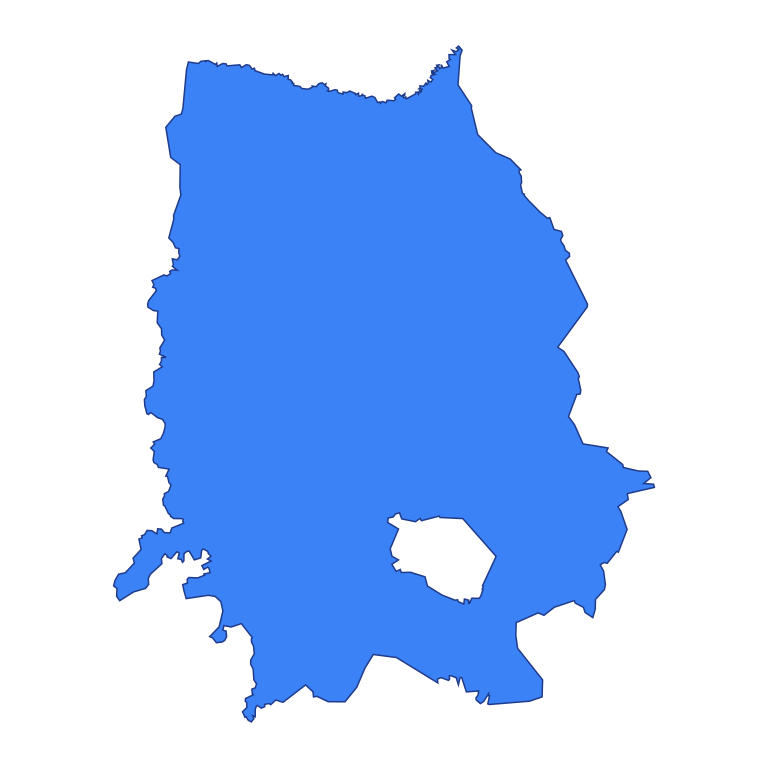 Cesvaines pag., Cesvaines, Latvia
{"feature_id": "27541924B84614371300280", "entity_name": "Cesvaines pag.", "entity_type": "district", "adm_level": 2, "iso_a3": "LVA", "parent_name": "Latvia", "parent_adm1": "Cesvaines", "projection": "albers", "projection_center": [26.258, 57.009], "detail": "fine", "context": "isolated", "style": "filled", "palette": "blue", "viewbox_px": 768, "rotation_deg": 0, "n_neighbors": 0, "source": "geoboundaries", "source_scale": "gbopen_adm2", "svg_char_len": 5992}
<svg xmlns="http://www.w3.org/2000/svg" viewBox="0 0 768 768"><path d="M569.3,253.2L565.4,250.3L564.0,245.8L561.0,241.5L560.7,239.4L562.8,235.5L561.4,231.4L554.0,229.4L549.8,217.6L547.3,218.2L540.1,212.2L528.6,200.6L524.1,195.3L524.3,194.1L522.5,193.5L520.6,185.0L521.6,182.4L521.2,176.1L519.0,172.3L519.3,170.4L520.9,169.9L510.2,159.0L495.9,152.8L477.7,134.6L471.4,108.6L471.6,105.6L458.0,84.9L460.1,55.8L462.1,50.2L458.7,46.1L456.4,47.9L458.9,49.6L456.0,51.6L452.1,50.1L455.5,54.6L449.0,54.6L449.1,58.6L450.4,59.5L446.7,61.8L449.2,66.4L443.0,68.1L441.2,64.7L441.3,67.7L439.7,68.7L438.4,65.8L439.0,64.9L436.6,65.3L437.5,66.9L435.0,67.9L437.5,70.8L435.4,71.2L434.4,73.2L432.6,72.0L433.9,70.4L431.6,70.9L432.0,73.6L434.8,74.4L431.1,75.5L430.3,77.6L432.8,79.5L430.9,82.1L427.8,80.4L428.2,83.1L426.9,84.7L425.9,83.0L423.7,86.2L419.9,85.9L420.1,88.0L419.0,88.8L422.0,89.1L420.8,92.1L419.8,90.2L418.4,94.0L417.8,92.1L415.7,92.2L415.6,93.9L406.3,98.9L405.8,96.9L403.9,97.8L402.9,96.3L404.7,95.2L404.8,93.6L401.7,96.2L398.7,94.0L394.5,97.8L395.6,99.2L394.1,100.7L387.2,100.2L386.0,102.7L382.2,101.5L380.3,103.3L379.9,101.9L377.6,102.5L374.9,97.5L371.9,96.2L365.4,98.2L364.9,95.8L362.6,95.1L362.4,93.7L361.7,95.7L358.7,96.2L358.5,93.2L355.6,94.7L355.3,93.4L349.7,91.0L347.1,92.6L343.0,92.1L343.1,94.1L337.9,92.7L337.3,90.2L335.2,89.7L328.8,91.5L327.5,90.8L328.5,90.2L328.6,88.2L325.4,85.9L325.9,83.8L324.4,84.6L322.1,82.8L318.9,83.6L316.1,86.7L312.2,86.0L312.5,87.1L308.1,89.2L301.8,88.5L299.8,86.4L293.7,85.4L293.7,83.4L292.1,83.4L292.4,82.1L290.6,79.9L288.1,79.3L288.3,75.5L284.1,76.6L282.6,74.3L281.0,75.2L279.0,73.5L275.5,75.6L273.1,73.3L272.8,74.9L264.6,74.1L255.1,70.7L254.4,68.2L252.1,69.1L249.5,65.4L246.3,64.7L241.4,67.5L239.8,64.8L226.9,65.9L226.2,63.9L222.7,63.5L217.2,66.4L216.7,63.1L215.5,64.4L208.2,60.5L205.9,60.8L205.9,62.2L205.3,60.8L200.9,61.3L198.4,63.5L188.4,62.0L186.5,69.6L182.9,108.5L181.3,114.1L174.9,116.3L165.8,127.3L170.7,157.4L180.2,164.7L179.9,186.9L180.8,195.1L173.5,215.6L173.8,219.2L168.8,238.0L173.0,242.3L175.5,247.8L178.9,248.6L178.7,252.6L179.9,256.2L177.2,259.8L172.3,258.8L173.4,264.8L172.4,266.3L177.2,270.3L172.3,269.9L169.7,271.4L170.6,273.7L166.7,276.0L164.0,274.9L152.0,280.5L153.9,284.5L152.7,287.3L155.6,288.2L156.2,290.9L148.7,300.5L147.6,304.3L148.0,307.2L153.5,310.6L157.8,311.1L157.2,322.7L161.5,328.8L161.7,335.0L164.6,340.1L159.9,347.8L160.4,351.4L159.4,354.2L166.1,357.3L161.4,357.5L161.5,361.0L159.6,364.5L162.3,366.8L153.8,371.9L154.0,380.9L153.0,386.1L145.9,390.6L146.3,396.5L144.4,399.5L144.8,405.8L146.9,413.6L148.5,414.5L150.8,412.5L157.6,417.7L162.5,419.4L165.0,423.4L165.2,426.4L163.4,433.4L160.8,438.7L153.3,441.9L154.6,444.2L150.8,448.0L154.3,451.5L153.1,459.8L153.8,462.4L157.1,464.4L158.5,467.4L169.1,469.1L165.8,476.1L167.5,476.3L168.9,482.4L171.0,485.3L168.5,491.5L164.3,493.7L164.5,496.1L162.7,499.2L163.5,505.3L164.7,505.8L168.5,513.7L170.3,514.6L170.5,516.3L173.7,518.5L182.2,518.7L183.4,519.5L182.7,521.4L183.7,523.2L171.8,528.0L170.1,532.9L164.4,532.6L161.5,529.1L157.7,528.8L156.8,533.9L151.8,530.7L147.1,530.4L144.5,534.7L141.6,535.7L142.2,537.8L138.9,539.1L141.1,549.4L133.1,558.2L134.4,563.0L125.4,572.7L118.6,574.2L115.0,580.5L113.6,585.9L117.0,588.5L116.6,596.3L119.7,600.7L133.6,591.9L145.5,588.4L148.6,584.5L148.3,578.5L150.4,574.2L161.9,563.7L161.4,558.5L165.0,553.7L167.6,556.0L167.0,556.9L171.0,558.6L177.0,551.7L179.3,553.2L177.8,558.8L181.1,559.3L182.5,562.3L183.9,560.8L184.0,553.7L186.6,551.6L189.1,551.0L194.4,559.9L200.7,557.9L201.6,550.5L203.1,548.9L207.8,551.4L208.2,553.4L211.0,556.3L207.4,559.0L211.1,561.0L201.9,565.6L203.8,569.5L207.6,567.2L209.0,568.2L210.0,572.7L203.9,574.0L204.6,575.2L197.7,577.9L189.0,577.5L187.3,579.0L187.2,583.1L182.7,584.6L184.0,590.9L186.2,598.6L208.3,595.3L215.1,596.4L220.8,601.6L222.9,611.0L219.1,626.9L209.7,636.6L212.6,637.9L216.4,642.7L221.9,642.1L224.7,640.4L226.6,636.7L226.1,631.1L222.9,630.1L223.9,625.6L231.2,627.0L241.3,623.6L252.3,637.6L251.4,638.7L251.5,642.0L253.5,646.0L254.3,653.7L250.7,660.1L250.7,664.3L253.1,668.8L253.9,679.8L256.5,683.9L255.3,687.8L251.9,689.1L252.3,693.8L253.4,694.7L245.6,698.5L245.2,700.9L246.8,702.9L246.8,707.6L242.5,711.8L245.0,717.3L246.1,716.8L248.2,720.2L251.4,721.9L253.9,718.6L252.7,715.7L255.2,716.8L255.3,709.1L256.3,706.2L257.5,705.5L261.2,708.1L264.7,706.7L264.6,704.4L269.2,703.5L270.7,704.7L275.8,700.0L283.0,702.3L305.6,684.9L313.0,691.8L313.5,696.9L316.9,696.3L328.1,701.7L345.0,701.8L356.7,687.4L365.0,668.0L373.3,654.5L396.4,657.5L437.8,682.9L437.5,679.1L441.0,677.6L448.5,680.4L449.6,679.1L449.3,675.8L451.1,675.8L456.2,677.7L458.4,684.8L460.0,677.8L461.7,677.5L466.4,691.9L478.6,691.0L478.1,694.9L476.0,698.0L476.2,699.9L480.4,703.6L483.6,701.6L488.5,693.9L488.5,695.6L489.5,695.7L487.8,703.9L489.2,704.5L529.5,701.2L542.1,696.9L542.6,679.9L517.6,648.3L515.8,635.5L516.2,622.6L538.1,612.9L544.0,615.3L554.4,607.2L574.2,600.6L575.3,603.1L583.5,607.4L585.1,612.5L592.8,617.6L595.2,609.4L595.5,599.4L604.4,589.6L605.4,584.6L603.6,571.0L600.2,564.9L604.0,562.5L607.2,563.3L616.6,551.5L618.4,552.1L627.1,529.4L620.8,511.3L617.9,506.7L628.2,499.5L627.3,493.6L654.4,487.4L653.6,484.2L643.7,483.5L650.9,477.6L647.7,471.3L638.4,471.0L623.4,467.5L622.7,464.5L606.4,451.6L608.1,448.0L583.0,443.9L574.6,424.9L568.5,416.5L576.8,394.4L580.2,394.0L580.8,390.2L578.3,378.9L579.3,376.6L578.0,372.8L564.1,351.6L557.7,347.2L587.2,307.0L587.5,304.1L565.6,260.1L569.6,256.4L569.3,253.2ZM420.0,518.4L421.4,520.7L439.2,516.1L440.1,517.5L462.8,518.6L496.1,556.4L482.5,585.8L483.3,586.4L482.2,589.5L482.9,589.7L480.6,596.5L479.0,598.4L471.9,598.2L469.4,603.4L468.6,603.4L468.7,600.2L464.4,599.0L463.8,604.0L458.1,601.6L457.7,599.8L455.1,600.2L442.1,595.1L427.4,586.0L425.0,576.8L410.5,572.3L401.3,572.5L400.2,569.5L396.2,571.4L391.8,564.3L398.5,559.9L392.0,556.3L390.2,548.8L398.5,529.0L387.7,522.5L388.2,518.0L393.1,517.0L395.5,514.0L399.5,512.7L401.7,518.9L415.5,521.7L420.0,518.4Z" fill="#3b82f6" stroke="#1e3a8a" stroke-width="1.5"/></svg>